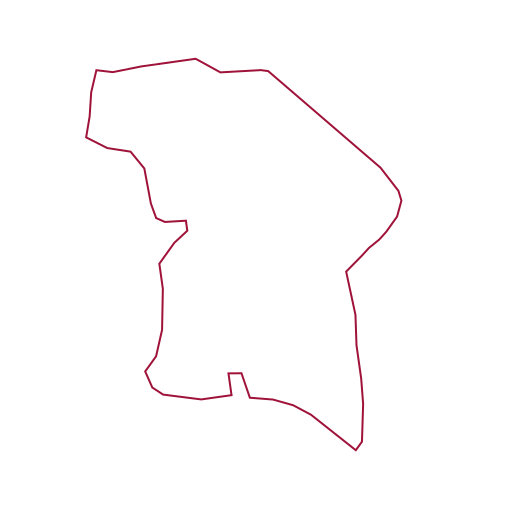 the district of Bucheon-si, Gyeonggi, South Korea, rotated 172°
{"feature_id": "91817680B41928523553758", "entity_name": "Bucheon-si", "entity_type": "district", "adm_level": 2, "iso_a3": "KOR", "parent_name": "South Korea", "parent_adm1": "Gyeonggi", "projection": "equal_earth", "projection_center": [126.801, 37.499], "detail": "fine", "context": "isolated", "style": "outline", "palette": "rose", "viewbox_px": 512, "rotation_deg": 172, "n_neighbors": 0, "source": "geoboundaries", "source_scale": "gbopen_adm2", "svg_char_len": 798}
<svg xmlns="http://www.w3.org/2000/svg" viewBox="0 0 512 512"><g transform="rotate(172 256 256)"><path d="M388.2,462.2L396.4,441.1L401.3,417.4L407.7,397.1L388.3,383.6L365.7,376.8L354.4,358.2L352.8,322.7L349.6,307.5L341.5,302.4L320.5,300.7L320.5,290.6L335.1,280.4L352.8,261.8L352.8,236.5L359.3,195.9L368.9,170.6L381.8,157.1L377.3,141.3L377.0,140.2L367.3,131.7L330.2,121.6L312.5,121.6L299.6,121.6L299.6,143.6L286.7,141.9L281.8,116.5L259.2,111.5L239.9,103.0L223.7,91.2L184.2,49.8L176.9,57.4L170.5,94.6L168.9,119.9L168.9,153.7L165.7,183.9L168.9,228.0L151.1,241.6L143.0,248.3L131.7,255.1L123.7,261.8L110.8,275.4L104.3,290.6L105.9,300.7L120.4,326.1L218.2,437.4L225.3,439.4L265.7,442.8L288.3,459.7L309.3,459.7L343.1,459.7L372.2,458.0L388.2,462.2Z" fill="none" stroke="#9f1239" stroke-width="2"/></g></svg>